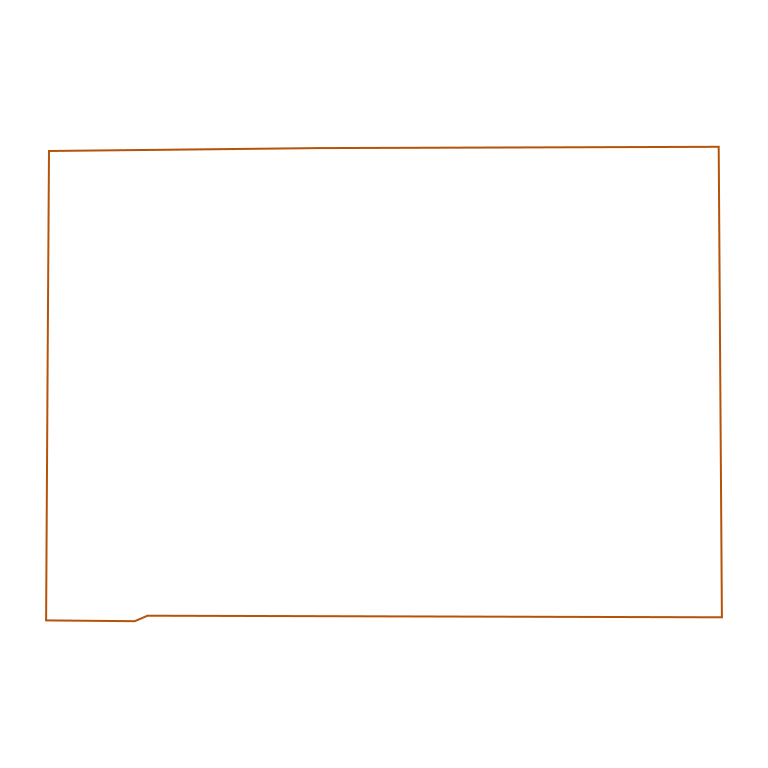 DeSoto, Florida, United States of America
{"feature_id": "52423323B50185112630259", "entity_name": "DeSoto", "entity_type": "district", "adm_level": 2, "iso_a3": "USA", "parent_name": "United States of America", "parent_adm1": "Florida", "projection": "orthographic", "projection_center": [-81.91, 27.186], "detail": "fine", "context": "isolated", "style": "outline", "palette": "amber", "viewbox_px": 768, "rotation_deg": 0, "n_neighbors": 0, "source": "geoboundaries", "source_scale": "gbopen_adm2", "svg_char_len": 231}
<svg xmlns="http://www.w3.org/2000/svg" viewBox="0 0 768 768"><path d="M47.7,351.1L46.1,620.4L134.8,621.2L147.5,615.7L721.9,617.3L718.7,146.8L317.2,148.1L49.0,151.0L47.7,351.1Z" fill="none" stroke="#b45309" stroke-width="2"/></svg>